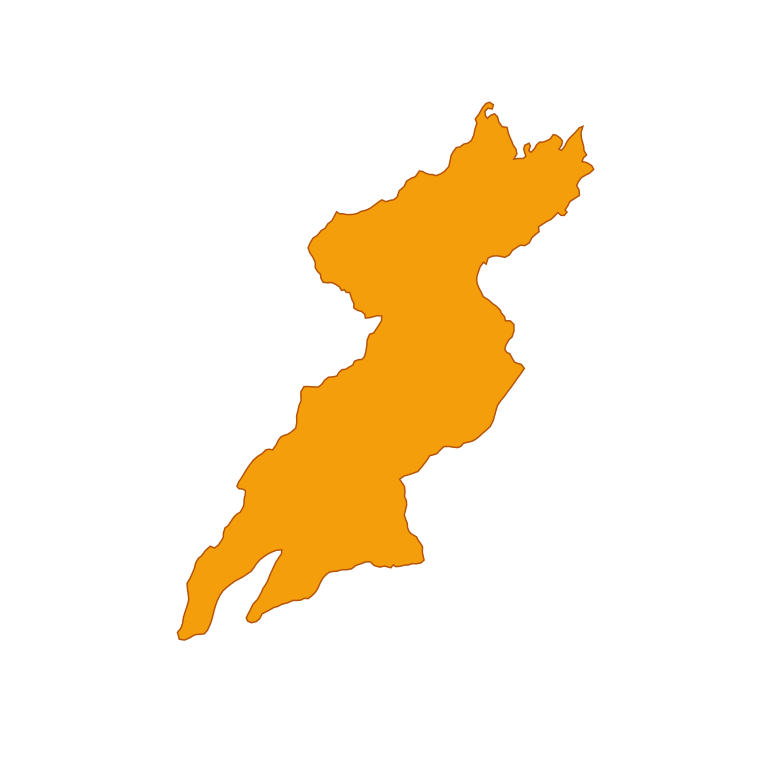 outline of Claro dos Poções, Minas Gerais, Brazil, rotated 203°
{"feature_id": "56859067B92506852264935", "entity_name": "Claro dos Poções", "entity_type": "district", "adm_level": 2, "iso_a3": "BRA", "parent_name": "Brazil", "parent_adm1": "Minas Gerais", "projection": "equal_earth", "projection_center": [-44.226, -17.057], "detail": "fine", "context": "isolated", "style": "filled", "palette": "amber", "viewbox_px": 768, "rotation_deg": 203, "n_neighbors": 0, "source": "geoboundaries", "source_scale": "gbopen_adm2", "svg_char_len": 5557}
<svg xmlns="http://www.w3.org/2000/svg" viewBox="0 0 768 768"><g transform="rotate(203 384 384)"><path d="M501.8,500.6L503.6,494.3L506.2,490.9L507.1,485.5L507.1,479.7L503.5,475.8L498.9,472.8L494.8,469.1L492.6,464.0L488.9,461.5L485.5,460.2L483.2,456.5L479.7,453.8L475.6,455.1L471.9,456.9L468.3,456.9L463.2,456.1L459.8,453.6L457.1,455.2L454.5,453.6L451.4,454.8L448.8,451.9L446.1,448.8L443.2,446.5L441.5,442.2L437.2,441.5L432.9,442.0L429.0,440.7L426.9,437.4L423.0,439.5L420.1,441.8L416.8,444.3L412.7,445.7L411.0,441.4L412.0,434.6L413.5,426.9L416.7,424.1L416.7,418.2L414.9,412.7L413.3,406.5L412.7,401.6L413.9,398.0L417.4,396.1L420.1,393.4L420.2,389.1L422.8,385.8L425.0,382.6L428.3,380.8L429.8,377.7L430.6,372.9L433.5,370.8L437.7,368.6L440.1,364.4L441.2,359.3L443.4,355.4L448.0,353.7L452.4,352.2L456.6,350.4L457.5,344.4L455.8,340.4L453.8,336.5L453.8,331.1L452.9,326.2L452.0,320.4L449.4,315.0L448.0,309.0L450.5,303.8L452.9,300.1L455.8,297.8L458.2,295.0L459.2,291.4L459.5,285.6L460.9,279.7L464.0,279.2L467.0,277.3L468.8,272.6L472.0,268.0L474.5,262.9L475.9,257.6L477.2,251.3L478.0,245.6L478.5,241.7L479.5,237.4L479.4,232.4L476.6,230.9L473.4,232.0L470.0,231.8L468.6,228.5L467.7,223.3L465.7,217.9L465.7,213.8L466.3,209.8L468.5,206.9L470.2,203.0L471.3,197.1L472.3,192.3L474.1,189.4L473.6,184.2L472.0,179.8L472.8,174.6L473.6,170.8L476.0,166.7L480.6,166.8L483.3,160.8L484.8,154.6L486.8,150.9L487.4,145.7L486.5,140.3L486.5,134.9L486.6,129.6L487.4,123.5L484.5,117.9L481.8,113.6L479.4,109.1L478.5,102.9L478.0,96.2L477.4,90.6L475.9,85.2L475.6,79.6L477.1,74.7L472.7,69.1L467.7,70.3L464.2,73.8L461.8,77.1L459.7,79.6L455.7,81.7L451.8,83.8L450.3,88.3L450.1,95.4L450.6,101.0L451.2,104.9L451.9,109.1L452.5,113.8L452.8,118.7L452.5,125.2L451.4,130.8L449.2,135.5L446.5,140.5L444.3,144.2L441.4,147.8L439.1,150.6L437.1,153.5L435.1,156.7L433.1,159.8L432.1,163.7L431.2,168.8L429.5,173.8L427.4,177.6L424.7,181.9L421.5,185.6L418.1,188.9L413.3,191.4L412.0,187.6L412.9,183.4L413.9,178.0L414.1,171.7L414.4,163.0L414.1,157.1L414.7,152.5L415.5,148.2L415.5,143.4L416.3,136.2L418.5,130.1L418.8,123.7L419.2,119.4L419.4,114.8L416.8,112.5L412.9,112.4L408.8,115.3L406.7,119.4L406.4,124.8L403.8,127.9L400.4,132.1L397.9,135.5L395.0,137.6L392.0,141.3L387.2,145.0L383.2,149.2L379.7,150.7L376.3,152.5L373.8,155.4L369.9,156.9L367.9,160.4L366.2,164.2L365.1,169.2L365.0,175.5L364.6,180.7L362.8,186.0L360.8,189.4L357.9,191.4L354.2,193.3L350.2,196.6L345.9,198.4L341.7,201.1L338.8,206.2L334.8,209.7L331.3,213.1L327.1,215.0L322.3,213.1L318.9,213.4L315.9,214.0L312.6,216.5L309.1,217.1L305.9,217.5L304.7,221.2L302.0,220.4L298.4,222.2L293.9,225.6L291.2,226.7L287.8,229.7L283.9,231.2L280.0,233.8L278.3,237.6L280.6,240.7L283.0,244.2L284.9,249.2L288.4,251.7L291.4,253.5L294.4,256.0L297.7,256.4L300.6,256.8L303.8,258.4L306.3,261.2L308.2,264.9L311.5,268.2L314.3,271.6L314.9,276.1L315.8,281.3L317.7,285.1L321.2,288.5L322.6,293.0L325.0,297.6L328.8,300.1L332.5,302.4L329.6,307.1L326.2,309.8L322.2,313.3L318.6,316.8L316.8,322.6L315.4,327.8L314.4,332.1L313.9,335.9L310.8,338.2L308.3,340.3L306.7,344.6L304.5,349.7L300.0,351.8L295.2,353.0L291.2,354.3L288.9,356.6L287.7,360.5L284.6,362.8L280.6,365.7L278.0,369.0L276.0,372.7L273.9,377.3L271.5,382.1L269.6,386.4L269.2,393.0L270.0,399.2L270.6,403.2L271.1,408.7L270.0,414.5L268.5,419.2L267.1,425.7L265.5,431.7L264.6,436.2L263.2,442.4L262.0,447.7L260.9,453.2L265.3,455.7L269.1,455.2L272.3,455.1L275.7,457.5L279.9,460.9L283.6,461.2L286.4,463.1L287.0,467.5L286.3,473.5L284.5,477.4L285.1,483.6L287.7,489.6L292.5,491.4L297.0,489.7L299.4,493.1L303.4,495.0L306.2,497.6L309.0,498.7L311.7,499.7L315.6,500.4L319.7,502.0L323.0,502.6L326.9,503.3L330.0,506.2L333.7,509.1L337.3,512.6L339.3,515.9L340.6,519.8L341.0,524.7L341.3,529.5L340.0,534.9L336.8,534.2L337.4,540.7L333.9,544.2L330.6,545.9L327.3,546.9L322.2,547.8L319.0,551.9L318.0,557.2L315.2,561.6L312.5,565.3L308.4,566.4L305.5,570.7L305.0,576.5L303.2,580.4L300.8,584.9L303.2,588.9L300.5,593.1L297.7,597.2L294.5,600.9L292.7,605.0L291.0,609.7L287.0,608.4L283.9,609.6L282.7,613.7L285.3,615.0L284.5,619.5L284.1,624.7L281.3,628.8L277.8,634.0L280.3,638.8L284.2,641.8L284.1,645.9L283.1,650.7L280.4,654.6L277.3,658.2L274.8,663.5L278.2,666.2L281.9,666.8L285.4,666.9L288.5,666.1L288.9,669.9L287.0,674.0L291.0,676.9L293.2,680.9L296.1,684.6L298.5,687.7L300.9,692.3L301.6,698.9L304.4,696.0L306.2,690.2L308.4,685.0L309.7,681.5L310.3,677.8L310.5,673.5L311.8,668.5L314.7,668.5L313.8,673.5L314.7,677.4L318.4,679.4L322.9,680.3L325.7,679.7L326.6,674.9L329.0,671.8L331.8,669.0L335.3,667.4L337.0,663.6L337.3,659.6L339.0,654.7L342.0,655.5L342.2,660.2L344.6,662.3L347.7,658.7L347.2,655.0L345.0,652.0L342.4,649.2L344.0,646.0L348.4,644.1L352.4,641.8L351.6,647.8L354.3,651.8L358.7,654.6L361.3,657.4L364.1,659.9L367.6,663.5L371.0,668.3L375.7,667.0L380.5,669.9L383.9,674.3L387.8,675.9L390.7,673.1L392.7,668.9L395.5,670.6L397.6,674.3L396.1,678.5L391.8,679.4L392.4,683.8L396.8,684.6L399.6,682.2L401.3,676.8L402.0,669.9L403.5,663.7L400.4,660.3L399.8,654.0L398.6,648.0L398.7,642.3L401.0,638.3L404.4,635.9L406.7,631.9L409.8,629.9L411.0,625.1L411.5,620.5L410.4,615.6L409.3,609.3L411.3,603.6L413.9,599.6L417.6,596.1L421.3,595.7L424.5,594.5L428.4,594.3L431.3,594.7L434.7,593.9L436.1,587.2L439.6,583.7L442.5,579.5L442.6,573.6L445.5,567.8L445.0,561.2L447.1,557.3L449.9,555.6L453.6,552.5L457.8,552.7L459.8,550.0L462.0,546.1L464.8,541.3L467.4,538.0L469.8,535.9L472.7,533.8L475.2,530.6L478.0,528.5L481.2,526.8L484.4,525.4L488.1,524.7L491.3,523.3L494.9,524.0L495.4,517.7L495.8,513.8L498.3,509.5L499.0,504.5L501.8,500.6Z" fill="#f59e0b" stroke="#b45309" stroke-width="1.5"/></g></svg>